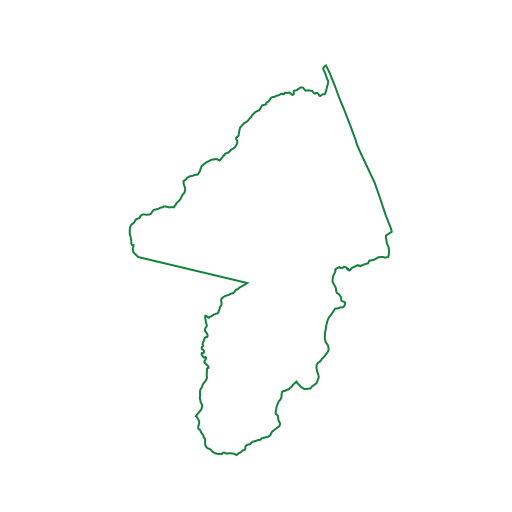 outline of Matina, Limón, Costa Rica, rotated 13°
{"feature_id": "36466004B83376986375247", "entity_name": "Matina", "entity_type": "district", "adm_level": 2, "iso_a3": "CRI", "parent_name": "Costa Rica", "parent_adm1": "Limón", "projection": "natural_earth1", "projection_center": [-83.304, 10.011], "detail": "fine", "context": "isolated", "style": "outline", "palette": "green", "viewbox_px": 512, "rotation_deg": 13, "n_neighbors": 0, "source": "geoboundaries", "source_scale": "gbopen_adm2", "svg_char_len": 6085}
<svg xmlns="http://www.w3.org/2000/svg" viewBox="0 0 512 512"><g transform="rotate(13 256 256)"><path d="M378.2,206.6L382.8,202.0L381.8,199.6L373.1,186.9L363.6,171.3L355.2,158.0L334.8,132.1L329.4,124.9L327.0,120.6L319.9,109.7L308.9,93.5L305.6,89.0L300.3,81.3L296.0,74.6L287.0,61.5L281.3,54.6L280.3,55.6L279.3,57.9L279.8,59.4L281.4,61.0L285.3,67.2L286.7,68.9L287.1,70.0L287.3,70.9L287.3,74.0L287.1,74.7L287.2,80.0L286.9,80.7L286.9,82.2L286.4,82.9L284.9,83.4L283.5,84.5L282.7,85.6L282.1,85.7L281.4,85.3L280.4,84.0L279.0,83.4L278.4,83.4L276.8,84.5L275.7,84.3L275.1,83.6L273.7,82.6L270.4,82.7L267.3,83.6L266.7,83.6L264.1,81.5L262.8,81.4L261.0,82.1L260.5,83.0L259.5,83.8L258.8,84.9L257.3,85.9L256.6,86.1L255.7,86.8L255.7,87.5L256.3,89.2L256.3,90.1L255.3,90.8L254.5,90.6L252.7,89.8L251.9,89.2L251.0,89.5L250.5,89.9L249.5,90.2L247.4,90.4L247.1,90.9L246.8,91.9L246.6,92.2L245.8,92.3L245.7,92.1L244.7,92.1L243.8,92.4L242.9,93.4L241.4,94.6L239.5,95.5L238.1,96.9L236.0,97.6L234.7,99.3L234.3,100.8L233.6,102.3L231.9,103.9L231.5,106.1L228.1,107.8L226.4,113.4L224.5,114.5L222.9,116.0L220.8,119.3L220.2,120.8L220.2,121.6L219.7,122.1L218.7,123.7L217.7,126.1L216.8,127.2L214.5,129.3L214.4,129.8L213.4,131.0L213.2,131.8L211.9,133.9L211.6,134.9L211.6,138.6L211.9,142.5L211.6,143.3L210.1,145.2L210.1,146.1L210.4,146.5L211.8,148.1L212.2,149.0L212.1,151.8L211.1,154.6L209.8,156.3L207.9,157.8L207.9,158.1L207.2,159.1L206.8,160.2L205.5,161.7L204.1,162.4L203.1,163.2L202.7,163.8L202.2,165.4L201.6,165.8L201.0,167.5L200.3,168.7L199.9,169.9L199.0,171.1L196.1,170.5L194.9,170.6L194.1,170.9L193.6,171.4L192.2,171.6L190.0,172.9L189.1,173.9L186.5,175.9L186.5,176.2L186.1,176.4L185.5,177.3L182.8,180.5L182.2,186.0L181.5,188.1L181.4,188.9L181.2,189.6L178.2,190.8L177.1,191.4L176.3,192.1L173.9,193.1L172.4,194.1L172.1,194.7L171.2,195.5L170.8,196.9L168.5,199.1L168.5,199.4L169.2,201.6L169.8,202.9L171.5,205.4L171.9,206.4L172.1,208.4L172.0,210.5L171.0,212.1L170.5,213.2L169.5,217.9L168.7,219.3L166.6,222.4L166.1,224.6L165.7,225.2L165.1,227.0L163.2,227.3L160.4,228.2L156.3,228.1L155.4,228.3L154.5,229.1L154.3,229.5L152.9,229.9L151.7,230.7L150.1,232.1L146.0,234.1L144.6,236.9L144.1,238.6L143.1,239.4L139.8,240.5L137.1,240.7L135.4,241.7L134.3,243.2L134.3,244.5L134.0,245.1L131.4,246.9L130.7,247.7L129.7,250.7L128.8,252.0L128.4,252.3L127.8,253.2L127.3,254.1L126.9,255.8L126.9,257.4L127.5,260.8L127.9,262.4L128.5,263.8L129.3,265.1L130.1,267.0L130.6,267.8L132.0,272.5L132.5,273.1L134.3,273.0L134.4,277.1L135.2,279.1L135.8,280.0L141.4,283.5L253.5,284.3L250.4,287.5L246.8,290.7L245.7,292.6L244.4,293.1L244.1,293.4L242.8,296.4L242.2,297.2L240.5,298.1L239.3,299.1L239.0,299.2L238.1,300.1L235.7,301.4L234.7,302.1L233.7,303.1L232.1,305.2L231.9,305.9L231.9,306.9L233.2,310.1L233.2,312.1L232.2,314.1L232.4,314.7L232.4,316.3L232.1,317.9L232.1,319.2L231.7,320.3L231.3,320.7L230.4,321.0L228.1,322.6L226.0,324.9L224.6,325.7L224.0,326.8L223.7,326.8L220.5,325.4L220.1,325.5L220.1,326.7L220.5,327.8L222.4,332.5L223.7,334.6L223.7,335.8L222.9,337.6L222.8,340.1L226.1,343.0L226.8,344.7L226.8,345.6L226.6,345.9L225.1,346.5L224.5,347.4L224.3,348.3L224.3,350.5L223.7,352.1L223.8,354.0L224.5,355.1L224.5,355.7L223.7,357.2L223.9,358.4L224.3,359.0L225.9,359.5L226.8,360.3L226.8,362.1L225.1,362.7L225.0,363.8L226.6,365.7L227.9,366.7L228.3,366.7L229.0,365.9L229.9,366.0L230.2,366.3L230.3,368.2L229.4,370.1L229.5,370.9L230.7,372.1L233.8,373.8L234.7,374.8L234.9,375.4L234.9,375.7L234.3,375.8L233.9,376.2L233.6,377.0L235.0,384.1L235.6,385.3L235.5,386.9L235.1,388.8L234.4,390.0L233.2,392.7L232.8,395.9L231.9,398.5L231.9,400.6L232.9,404.5L233.3,407.5L234.4,409.2L234.6,410.4L235.1,411.1L236.3,412.3L237.3,414.0L237.3,417.5L236.5,419.4L233.4,425.6L234.8,426.2L235.7,427.4L236.5,428.0L237.7,429.9L238.2,431.3L238.1,435.5L238.6,437.1L239.4,437.7L240.3,437.9L241.0,438.4L242.1,440.2L244.7,442.2L245.3,443.1L245.6,444.1L247.3,445.4L247.9,446.7L248.3,449.3L249.0,451.5L249.7,452.4L251.1,453.7L252.4,454.3L254.6,454.5L256.1,455.3L257.9,456.7L260.4,457.4L264.2,457.4L265.0,456.9L266.9,456.8L267.3,456.6L267.9,455.3L268.9,454.8L270.2,454.8L271.7,455.2L274.3,454.2L277.5,453.7L279.5,453.7L281.6,454.4L284.0,451.6L285.3,450.7L286.9,448.4L288.8,447.2L288.9,445.4L288.6,444.6L288.6,443.7L289.5,442.3L292.9,440.4L293.7,438.5L296.1,436.8L296.4,436.8L299.6,434.8L301.7,434.0L303.0,432.0L305.8,430.8L306.2,430.4L307.8,429.8L308.9,429.0L310.3,427.4L310.9,424.4L311.3,423.4L315.3,418.5L316.2,417.7L317.1,416.4L317.2,414.0L317.0,413.6L315.3,411.6L314.8,410.8L313.0,406.4L310.7,405.2L310.3,404.2L310.0,397.9L310.7,393.1L311.0,392.1L311.8,390.9L312.3,389.4L312.5,388.4L312.5,387.3L312.0,385.0L312.0,383.0L312.3,382.2L313.2,381.4L314.8,380.8L316.1,379.6L318.1,378.5L318.9,376.9L320.1,375.6L320.9,373.3L323.7,369.2L325.3,370.9L326.6,371.5L329.0,373.3L332.5,374.6L334.0,374.6L338.9,372.8L339.8,370.7L343.6,366.3L344.4,360.5L344.3,359.6L342.8,356.5L341.7,355.1L341.3,353.9L340.1,351.5L339.6,348.7L340.2,346.4L342.0,344.5L342.9,342.8L343.3,341.5L344.7,339.4L345.9,337.1L346.5,335.4L347.0,334.7L347.8,332.2L347.8,331.0L347.0,328.3L346.3,327.0L345.0,325.7L343.3,324.3L341.7,321.0L341.3,319.6L341.0,317.4L340.5,315.6L340.4,310.8L340.1,307.8L340.1,303.8L340.3,303.0L340.4,301.3L341.3,298.5L342.1,297.0L345.0,289.5L347.5,288.7L348.0,288.4L349.2,287.2L351.4,286.8L352.6,285.9L353.4,284.8L353.5,282.3L353.2,281.6L352.6,280.9L350.6,280.8L349.3,280.3L348.9,279.5L348.3,277.6L347.8,276.7L345.5,274.7L344.5,274.2L343.2,273.9L342.1,272.3L340.8,268.9L336.5,264.0L336.0,262.2L335.7,258.5L336.8,253.5L336.8,252.7L336.3,251.9L336.4,251.2L337.2,250.1L339.8,248.0L340.4,248.5L342.4,248.4L343.9,247.4L344.2,246.7L346.8,246.9L347.5,247.6L347.8,248.2L348.6,247.9L348.9,248.1L349.3,249.0L350.4,249.1L350.7,248.8L351.1,247.8L352.4,245.7L354.2,244.5L355.4,243.4L357.0,242.1L358.1,242.1L358.3,242.5L358.5,242.5L359.4,242.0L360.2,242.4L362.3,240.4L363.5,239.9L365.2,238.7L366.9,238.0L367.1,236.2L367.6,234.8L368.3,234.8L372.1,233.0L375.8,229.5L380.3,228.4L382.0,228.6L385.0,227.2L385.1,224.9L384.6,221.0L382.8,216.8L380.8,214.6L378.2,208.3L378.2,206.6Z" fill="none" stroke="#15803d" stroke-width="2"/></g></svg>